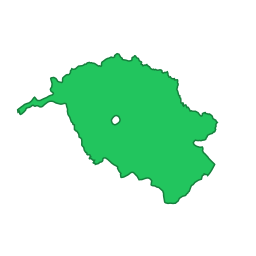 the district of Dibaya, Kasaï-Occidental, Democratic Republic of the Congo, rotated 137°
{"feature_id": "63176286B23998883625218", "entity_name": "Dibaya", "entity_type": "district", "adm_level": 2, "iso_a3": "COD", "parent_name": "Democratic Republic of the Congo", "parent_adm1": "Kasaï-Occidental", "projection": "mercator", "projection_center": [22.801, -6.389], "detail": "fine", "context": "isolated", "style": "filled", "palette": "green", "viewbox_px": 256, "rotation_deg": 137, "n_neighbors": 0, "source": "geoboundaries", "source_scale": "gbopen_adm2", "svg_char_len": 5825}
<svg xmlns="http://www.w3.org/2000/svg" viewBox="0 0 256 256"><g transform="rotate(137 128 128)"><path d="M146.5,42.1L144.5,40.6L143.0,40.6L141.3,40.4L138.4,41.5L135.8,41.1L134.7,40.9L132.1,39.5L131.2,39.5L130.1,39.9L128.9,39.6L128.0,40.0L126.3,40.0L121.6,42.4L120.5,42.6L119.0,42.2L117.3,42.4L116.2,42.6L112.0,41.8L109.2,40.5L106.5,42.3L105.6,42.4L104.5,42.0L103.8,42.6L103.4,42.4L103.0,41.1L102.1,40.1L101.9,39.5L102.1,38.9L100.2,39.1L98.5,39.4L95.7,40.1L92.4,41.2L89.5,42.2L89.4,42.7L89.6,46.8L89.7,50.6L89.4,52.4L89.4,56.8L89.6,58.5L89.0,60.6L88.2,61.0L87.0,62.2L86.6,63.4L87.7,64.2L88.6,64.9L90.3,67.8L90.8,69.5L91.0,71.0L90.2,72.8L88.4,73.2L87.0,73.2L86.8,72.7L86.1,71.9L85.3,70.9L84.2,70.2L83.7,69.4L83.1,68.8L81.9,68.3L80.4,67.2L79.0,66.7L77.5,67.4L76.0,67.7L75.0,68.3L73.9,68.2L71.8,67.5L70.1,66.6L68.0,66.7L67.6,66.2L66.9,66.2L64.7,67.3L64.7,68.0L64.1,68.6L62.3,69.3L61.7,70.4L60.4,71.0L58.8,71.2L59.0,72.4L58.5,73.8L59.5,76.9L58.4,79.1L58.3,80.0L58.8,82.6L59.5,82.7L59.5,83.2L60.4,84.1L60.4,84.6L61.5,85.9L61.0,86.6L61.9,87.3L63.0,87.4L63.6,87.8L65.1,86.7L65.7,86.5L66.2,86.7L66.6,87.4L66.6,89.3L66.3,91.3L67.1,93.8L67.4,94.4L69.3,96.1L70.1,97.6L70.8,97.8L71.0,98.4L70.4,99.5L69.9,102.0L70.1,102.4L71.0,102.8L70.6,103.5L70.0,105.5L71.6,106.3L72.0,106.0L72.5,106.0L72.5,106.3L72.1,107.8L71.9,107.8L71.7,107.2L71.2,107.7L70.7,108.8L71.1,109.2L71.9,109.6L72.1,110.1L71.3,111.4L70.1,112.6L69.2,113.9L69.4,114.5L69.1,115.6L68.2,116.0L68.5,117.0L68.4,117.7L66.6,121.0L65.9,123.1L64.2,124.0L63.4,124.8L62.2,125.2L61.7,125.6L61.2,126.2L61.1,127.2L59.4,128.7L59.0,129.5L60.9,131.2L61.1,131.6L60.4,132.5L61.4,133.2L62.2,134.2L62.4,135.9L62.1,136.5L63.0,136.9L63.3,137.5L62.8,138.3L62.7,139.3L61.5,140.8L60.9,142.3L62.6,142.7L62.9,143.4L63.6,143.8L64.6,143.9L65.0,144.7L64.9,145.3L65.1,145.7L64.2,146.6L64.1,147.5L64.5,147.7L64.8,148.7L66.7,149.8L67.2,150.4L67.8,151.4L67.8,152.0L69.2,152.7L69.2,153.6L70.4,154.2L70.9,156.2L70.5,158.3L71.0,158.9L70.9,159.8L71.3,160.7L70.9,161.5L71.3,161.8L72.6,162.1L73.2,162.9L74.5,163.2L74.8,163.6L74.3,164.5L74.9,165.7L74.4,166.2L73.3,166.7L73.1,167.2L73.9,169.3L73.0,171.8L73.8,173.5L73.4,175.6L73.9,176.3L75.6,176.0L76.4,176.6L77.1,176.6L78.8,175.1L79.3,175.0L81.7,176.3L83.3,179.1L84.9,181.1L85.4,182.2L84.7,182.9L85.1,184.8L84.3,188.1L85.2,189.7L85.7,189.9L88.3,190.1L89.3,189.2L90.4,189.4L91.4,190.3L91.6,190.8L92.0,191.4L94.2,192.0L95.5,192.8L97.6,193.4L100.0,193.6L102.2,193.9L103.2,193.3L104.1,192.5L104.9,191.6L105.8,191.6L106.3,192.8L107.3,193.3L108.4,197.9L109.0,198.9L109.6,199.2L110.1,200.6L111.1,201.2L111.5,202.3L112.2,202.7L113.5,203.4L115.1,203.2L116.1,204.2L117.8,204.3L119.2,204.9L122.0,207.0L126.2,207.1L128.1,208.3L128.7,209.7L129.6,209.2L130.4,209.1L131.3,208.9L132.0,208.0L133.3,207.5L134.3,207.3L135.3,207.6L135.9,208.4L136.9,208.9L137.8,209.0L139.8,209.1L141.4,209.1L142.1,208.7L142.9,208.0L143.6,207.1L144.7,206.4L145.5,206.5L146.2,207.5L147.0,208.7L147.6,210.2L147.3,211.1L147.1,212.4L147.0,213.4L147.8,215.6L149.0,216.4L150.1,217.1L150.8,216.9L151.6,215.5L152.4,213.8L153.3,212.1L154.5,211.1L155.8,210.0L157.7,209.6L158.5,209.1L159.2,207.4L159.0,206.2L158.7,205.0L158.9,204.2L159.8,203.9L160.7,203.8L161.7,204.3L163.8,205.2L166.8,205.8L169.1,206.7L171.9,207.6L173.4,208.0L174.3,208.7L175.3,209.7L175.6,211.2L175.3,212.6L175.3,214.2L176.4,214.3L178.4,213.9L179.9,213.6L182.1,213.7L183.1,213.8L185.4,214.9L187.7,215.8L189.9,215.9L191.5,216.2L193.2,216.3L194.6,216.5L196.3,216.6L197.7,214.5L197.0,214.3L196.2,214.8L195.9,214.5L197.4,212.4L197.5,212.0L197.1,211.5L197.2,211.2L195.9,210.8L194.7,210.8L193.5,210.7L192.4,210.8L190.8,210.9L190.0,211.3L189.5,211.7L188.3,211.6L187.0,211.0L186.0,210.3L185.2,210.1L184.3,209.9L183.4,209.9L182.4,209.7L181.8,209.2L181.5,207.8L181.0,207.2L180.0,206.9L179.2,206.2L178.6,205.4L178.4,204.9L178.3,204.2L178.1,203.7L177.6,203.1L177.0,202.6L176.4,202.3L175.7,202.1L175.1,202.1L174.4,202.1L173.0,202.1L169.9,201.8L168.4,201.5L166.9,200.8L165.5,199.6L164.5,198.2L163.9,196.3L163.6,195.4L162.3,193.4L161.5,192.1L160.8,191.2L159.7,190.4L158.4,189.8L157.5,189.2L156.9,188.3L156.8,187.7L158.3,185.3L158.9,183.8L159.7,182.6L160.9,181.6L162.7,178.7L163.2,175.7L165.2,171.2L165.0,169.6L165.8,168.1L165.1,166.9L168.2,163.4L168.3,163.0L167.9,162.2L168.1,161.3L167.6,160.4L167.6,159.8L168.0,159.0L167.8,158.2L168.5,156.6L169.8,154.9L170.0,154.3L169.4,153.5L169.5,151.5L171.4,149.1L173.4,147.1L173.6,146.1L173.6,144.0L175.1,141.6L175.6,138.9L175.0,138.4L175.4,137.4L176.0,136.7L175.8,135.9L174.7,135.0L174.3,134.5L174.3,134.1L174.6,133.5L174.7,132.5L175.0,132.3L175.7,132.7L176.3,132.2L176.8,132.3L177.1,132.0L177.0,131.5L176.0,131.0L175.6,130.4L175.8,129.6L175.6,128.5L174.5,127.2L175.2,127.0L175.6,127.2L175.9,126.3L176.4,126.2L177.0,126.4L177.2,126.0L176.3,124.6L176.7,123.7L175.9,123.5L175.8,123.2L173.9,122.2L171.9,122.1L170.5,121.3L169.3,121.2L168.4,121.6L167.7,122.3L167.1,122.7L166.6,122.7L165.8,122.3L165.3,121.9L164.8,121.4L164.2,118.8L164.1,117.3L164.0,116.4L163.9,115.3L163.9,114.0L163.7,112.7L163.3,110.7L162.6,108.8L162.3,107.8L162.1,107.0L162.1,106.5L163.1,105.7L164.0,102.7L164.2,99.6L165.0,99.3L166.7,96.9L166.7,96.5L165.8,95.8L164.4,95.0L163.4,94.7L162.3,94.4L160.2,93.8L158.9,93.6L156.8,93.5L155.8,93.2L155.0,92.6L154.4,91.8L154.3,90.5L154.3,88.4L154.3,87.8L154.2,86.4L155.2,82.6L154.1,81.8L153.0,80.8L150.9,79.9L149.2,79.1L148.0,78.3L147.2,77.5L146.7,76.6L146.5,74.9L146.6,74.0L146.6,73.3L149.7,70.8L149.9,70.3L149.5,69.3L147.8,67.2L147.1,65.0L146.0,63.6L145.5,58.1L146.0,57.3L146.4,56.2L148.2,54.1L151.5,49.1L151.7,48.4L151.5,47.6L150.2,45.6L148.4,44.3L146.5,42.1ZM129.1,145.8L127.8,144.9L127.1,143.2L127.1,142.0L127.6,140.6L128.3,139.2L130.0,138.3L132.3,138.3L134.5,138.8L135.5,139.4L136.2,140.8L136.1,142.9L134.8,145.1L132.7,145.8L130.7,146.0L129.1,145.8Z" fill="#22c55e" stroke="#15803d" stroke-width="1.5"/></g></svg>